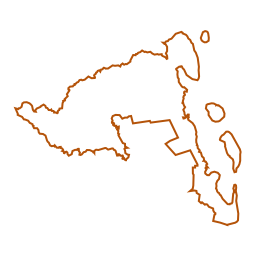 outline of South East Santo, Sanma, Vanuatu
{"feature_id": "77236927B70121045858985", "entity_name": "South East Santo", "entity_type": "district", "adm_level": 2, "iso_a3": "VUT", "parent_name": "Vanuatu", "parent_adm1": "Sanma", "projection": "mercator", "projection_center": [167.149, -15.403], "detail": "fine", "context": "isolated", "style": "outline", "palette": "amber", "viewbox_px": 256, "rotation_deg": 0, "n_neighbors": 0, "source": "geoboundaries", "source_scale": "gbopen_adm2", "svg_char_len": 5852}
<svg xmlns="http://www.w3.org/2000/svg" viewBox="0 0 256 256"><path d="M190.0,191.1L194.2,190.5L196.4,190.9L196.7,193.0L199.7,194.8L198.8,201.0L201.1,203.1L202.0,202.3L204.9,204.7L205.9,204.2L207.2,204.5L208.9,206.8L213.1,208.5L213.3,210.6L214.4,212.5L215.4,213.2L215.3,214.3L214.4,214.9L213.2,221.0L220.1,222.6L227.1,224.9L227.0,224.4L227.1,224.8L235.2,222.7L236.9,221.7L238.0,220.3L238.3,213.5L236.2,200.9L236.8,195.6L235.8,191.0L236.2,187.7L236.0,185.4L235.2,184.7L234.3,184.9L233.3,188.7L233.9,189.7L233.9,191.1L234.9,191.1L235.3,192.0L233.9,192.4L233.2,193.8L232.4,202.3L231.8,203.4L229.9,203.8L229.7,204.3L227.6,204.1L222.6,198.8L220.7,195.2L219.8,194.7L219.1,193.1L218.1,192.6L217.2,191.4L216.6,189.2L216.0,188.6L216.5,186.1L216.2,183.6L217.3,180.9L219.0,179.0L219.8,175.1L217.8,172.8L214.4,171.7L211.3,172.6L209.0,175.2L207.2,175.1L205.3,173.5L205.1,171.9L206.6,169.2L205.6,168.4L205.6,167.7L206.2,167.0L206.9,167.2L206.7,166.6L207.3,166.8L206.3,165.5L206.3,164.8L207.2,164.0L205.9,161.8L205.3,161.8L204.5,160.7L203.6,160.8L204.1,159.9L203.7,157.9L202.0,156.4L200.9,152.5L199.0,151.8L199.7,150.3L197.7,148.0L197.6,145.9L196.8,145.2L197.1,144.7L196.3,142.3L196.2,139.5L196.8,136.6L196.0,134.3L196.4,132.1L194.7,126.3L192.6,123.1L188.3,119.8L188.0,118.3L188.7,117.4L187.9,116.4L188.6,116.3L188.7,114.6L187.9,114.5L187.4,115.0L187.5,116.2L186.9,116.3L185.9,117.5L184.6,118.3L183.5,118.5L183.1,117.4L185.5,117.5L186.3,116.8L184.6,114.5L184.4,112.3L183.3,109.8L185.1,107.1L184.1,105.8L183.4,103.8L181.7,102.4L182.6,102.9L183.1,102.5L182.8,101.3L183.7,98.3L183.3,97.3L183.8,95.9L184.8,95.2L184.9,94.3L184.1,93.4L184.1,92.1L184.9,91.4L186.8,91.7L187.1,89.8L184.2,87.2L183.2,87.4L181.8,86.5L178.8,82.0L178.7,78.7L177.8,77.6L177.4,74.3L177.7,71.3L176.2,69.4L176.2,68.8L179.3,66.6L180.4,66.8L181.1,66.2L181.8,66.4L182.7,68.3L184.0,69.5L186.6,75.0L192.4,79.1L197.5,80.2L198.6,78.5L199.1,76.4L198.6,70.3L198.9,66.7L197.7,57.7L195.8,52.6L194.3,50.5L192.9,43.9L191.4,42.7L190.2,39.9L188.3,38.5L187.4,36.4L186.0,34.8L182.6,33.4L182.6,32.7L181.4,31.9L175.7,33.8L171.5,38.7L168.9,39.6L167.9,41.1L166.1,41.4L164.9,42.8L163.1,42.7L164.5,44.0L165.5,44.1L167.1,46.8L167.1,51.1L165.9,53.3L167.1,55.9L167.3,58.6L166.7,58.9L165.4,57.2L162.6,56.0L161.9,55.4L161.7,54.2L158.6,54.6L157.5,54.1L154.5,54.6L152.3,53.5L150.4,51.8L147.3,52.4L145.5,51.7L144.6,52.0L142.1,50.5L140.3,52.1L138.1,52.8L137.4,53.9L136.0,54.0L135.6,55.2L133.2,55.0L130.4,60.4L130.4,61.6L126.8,64.2L125.6,64.0L124.1,64.7L122.6,63.5L120.9,64.9L120.3,66.5L118.3,65.4L115.0,65.8L112.6,65.4L108.1,68.5L105.5,68.6L104.6,67.9L103.6,67.8L102.5,69.3L101.0,69.6L100.3,71.6L99.3,70.3L97.7,70.9L96.9,72.3L96.1,72.6L95.8,73.8L94.5,74.6L94.1,75.6L95.0,77.3L94.8,78.0L91.6,78.2L88.4,76.5L84.7,79.7L82.2,80.3L81.3,79.7L79.5,80.1L78.2,82.0L76.7,82.6L75.6,83.9L74.6,84.0L74.7,85.0L73.5,85.4L72.8,86.4L70.1,86.6L68.4,88.1L68.4,89.5L69.3,89.8L69.4,90.5L66.9,94.2L67.7,96.2L64.6,99.2L65.1,100.0L64.9,100.5L63.1,101.0L63.3,101.8L62.6,103.0L62.1,108.3L59.5,108.6L59.2,110.1L58.2,110.6L57.6,111.9L57.8,112.7L57.1,113.2L56.1,112.6L54.1,112.5L54.3,111.7L53.4,111.0L51.8,110.9L51.3,109.6L50.7,110.1L48.7,110.0L47.3,108.0L45.9,107.6L45.4,105.9L43.6,104.6L40.7,106.3L40.5,106.9L36.8,108.5L35.2,110.3L35.8,111.7L34.1,111.5L32.9,109.8L32.1,106.0L31.2,104.8L29.5,103.3L26.7,102.2L23.9,102.4L22.4,103.4L21.6,106.8L19.7,108.3L18.7,108.3L18.2,109.1L15.4,108.3L17.8,113.7L17.7,114.9L22.1,116.9L23.9,119.4L25.1,119.5L28.2,120.7L29.7,122.8L32.5,124.2L32.8,125.7L33.6,126.0L33.4,126.9L34.1,128.2L37.1,128.2L38.4,130.0L38.8,132.4L39.8,133.7L43.0,134.0L45.5,135.6L47.0,140.4L47.7,141.7L48.8,142.6L50.1,145.4L51.7,146.2L53.8,145.8L54.4,146.3L54.8,145.4L56.7,147.6L58.7,147.8L59.3,147.0L60.7,146.9L60.7,148.0L62.2,148.5L63.1,149.8L63.1,150.3L62.3,151.0L63.6,151.4L64.0,153.1L64.5,153.2L65.4,152.0L66.5,151.7L67.4,152.6L67.6,154.2L68.8,155.7L71.7,154.2L72.5,151.0L75.0,149.9L77.3,149.9L77.5,149.1L78.5,148.8L78.7,148.0L78.9,151.2L79.9,152.5L79.4,154.7L80.4,155.0L81.7,154.5L83.6,152.2L85.6,151.7L86.9,150.0L89.8,150.1L92.6,151.4L93.3,152.3L93.8,151.9L94.3,152.7L94.3,150.9L96.1,149.7L98.4,150.0L105.1,148.0L106.0,148.1L108.1,149.6L112.2,148.4L113.1,148.6L113.8,149.8L114.7,150.0L115.6,150.9L117.1,155.6L118.8,155.4L118.7,154.2L119.1,154.2L121.1,155.9L122.6,155.5L123.1,156.3L122.4,158.6L122.9,158.9L124.2,158.3L124.6,159.5L125.5,160.2L126.0,160.2L126.0,159.5L128.4,157.3L129.0,154.8L127.5,154.6L125.3,153.0L125.1,150.5L124.4,148.9L125.0,148.1L127.4,147.8L125.1,146.4L125.0,143.8L122.8,143.1L118.5,135.4L119.1,134.1L118.1,133.6L118.3,130.9L117.0,129.4L117.2,128.8L118.7,128.7L118.8,126.6L116.1,127.4L116.2,125.8L114.4,125.9L113.2,125.1L113.1,124.7L114.2,124.0L113.9,123.2L113.5,122.8L112.1,122.9L111.9,122.1L112.6,120.6L111.7,118.5L112.7,116.1L115.5,114.9L119.6,115.1L122.3,118.7L124.8,117.6L127.4,117.6L128.7,116.4L131.1,116.0L133.0,123.4L149.9,120.9L150.7,122.6L169.6,120.1L178.0,137.6L170.0,140.9L165.6,143.9L175.6,155.0L190.2,150.3L197.5,164.5L197.5,165.7L195.1,165.8L195.1,167.5L192.8,167.5L192.9,173.6L193.6,174.8L193.3,185.6L192.7,188.8L190.0,191.1ZM239.4,164.2L240.2,160.8L240.2,154.3L240.6,152.0L239.9,149.3L231.6,134.4L229.3,132.2L228.0,131.6L226.2,131.7L223.6,134.6L221.9,135.6L220.5,137.6L219.9,139.5L220.1,140.1L224.6,142.1L225.2,145.2L225.0,146.2L227.0,152.9L228.2,155.1L229.6,155.9L229.6,156.6L232.9,159.4L233.6,162.3L233.2,168.6L234.5,172.2L236.1,171.8L236.5,168.4L238.2,166.6L239.4,164.2ZM215.4,121.7L218.5,121.4L219.8,120.8L224.2,116.7L224.5,113.5L222.6,108.5L218.6,105.3L218.1,105.6L216.8,104.9L216.2,105.2L216.2,104.8L213.8,103.5L211.6,103.3L207.4,104.3L206.5,105.0L205.9,108.5L208.6,112.0L208.6,115.1L212.3,120.5L215.4,121.7ZM202.9,32.2L200.8,38.0L201.5,40.1L202.5,41.2L204.5,42.3L206.4,42.2L208.6,40.7L208.8,37.8L208.2,33.6L207.7,32.2L206.8,31.5L205.1,31.1L202.9,32.2Z" fill="none" stroke="#b45309" stroke-width="2"/></svg>